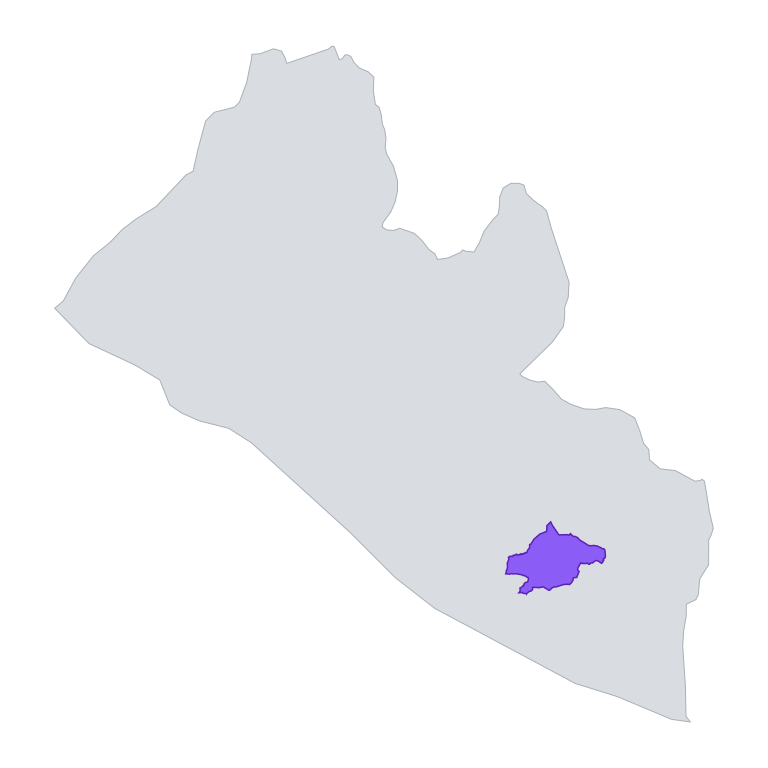 Jeadepo, River Gee, Liberia (highlighted)
{"feature_id": "62588387B74933582499482", "entity_name": "Jeadepo", "entity_type": "district", "adm_level": 2, "iso_a3": "LBR", "parent_name": "Liberia", "parent_adm1": "River Gee", "projection": "orthographic", "projection_center": [-8.425, 5.368], "detail": "fine", "context": "in_parent", "style": "filled", "palette": "violet", "viewbox_px": 768, "rotation_deg": 0, "n_neighbors": 0, "source": "geoboundaries", "source_scale": "gbopen_adm2", "svg_char_len": 6035}
<svg xmlns="http://www.w3.org/2000/svg" viewBox="0 0 768 768"><path d="M54.7,308.2L63.2,301.1L75.8,278.0L93.4,255.8L109.7,242.7L122.7,229.1L136.4,218.8L156.0,206.7L186.1,174.9L193.1,171.2L198.0,149.1L205.6,121.0L214.3,112.3L234.6,107.1L239.4,102.2L246.7,82.4L251.4,59.3L251.9,54.3L259.9,53.8L273.6,48.8L281.5,51.1L285.0,57.7L286.8,63.4L328.3,49.1L331.9,46.1L334.1,46.6L339.3,59.6L342.3,58.8L344.8,55.1L347.5,54.7L350.8,56.5L354.0,62.5L359.3,68.0L368.2,71.8L373.9,77.1L373.3,90.9L375.4,104.4L379.3,107.6L381.4,115.6L382.4,124.5L384.5,129.1L386.0,138.1L385.2,147.7L386.8,154.4L393.4,166.0L397.5,180.7L397.5,191.1L395.1,202.0L390.7,212.0L382.9,222.8L382.2,227.1L386.8,229.9L393.8,230.5L399.6,228.3L414.3,233.3L422.0,240.5L428.8,249.4L434.9,253.9L437.6,259.5L448.1,257.9L460.2,252.6L462.7,250.0L466.3,251.4L474.1,252.0L479.6,242.3L484.1,231.1L493.5,219.0L498.1,214.4L499.3,206.7L499.8,196.7L503.2,188.0L511.0,183.3L519.4,183.4L524.0,185.1L526.3,193.5L533.0,199.9L538.7,204.3L541.8,206.1L546.6,211.0L551.2,227.9L569.1,282.4L568.2,297.5L564.7,307.3L564.6,316.9L563.4,326.4L552.4,342.0L519.9,373.8L522.4,376.6L530.2,380.2L538.1,382.1L544.6,381.2L552.7,389.1L561.4,399.1L570.7,404.3L584.1,408.9L595.8,409.4L605.7,407.6L619.7,409.6L634.7,417.9L640.0,431.5L643.6,443.4L648.8,449.5L649.5,459.8L660.1,468.8L675.3,470.6L694.9,481.2L699.9,480.6L702.1,479.3L704.5,481.3L709.5,512.0L713.3,528.2L711.3,534.8L708.7,540.0L708.6,564.8L699.7,579.0L698.3,594.6L695.8,599.7L686.3,604.2L686.2,616.2L683.7,630.6L682.7,646.0L685.4,686.2L686.0,716.3L690.3,721.9L671.7,719.4L617.3,696.6L575.3,683.5L434.8,608.4L395.9,578.2L351.0,533.3L251.4,442.8L228.7,428.3L200.0,421.1L182.3,413.4L169.8,405.0L159.8,380.0L134.9,365.0L89.0,343.6L54.7,308.2Z" fill="#d9dde1" stroke="#a8b0b8" stroke-width="1"/><path d="M577.0,576.7L577.5,575.4L579.1,571.6L578.9,571.4L577.6,569.7L577.8,568.6L577.8,568.3L578.0,567.8L579.1,565.7L581.0,562.7L582.1,563.5L583.7,563.5L583.8,563.5L584.3,563.4L585.2,563.7L585.4,563.6L585.9,563.5L586.6,563.2L587.6,563.1L587.9,563.2L588.0,563.3L588.2,563.9L588.7,564.3L589.2,564.3L589.7,564.2L590.8,563.1L591.6,562.8L592.0,562.8L592.5,563.0L592.7,562.9L592.8,562.8L593.6,562.1L594.8,561.1L596.0,560.6L596.9,560.5L597.3,560.9L598.0,560.9L598.5,561.3L600.5,562.6L601.3,563.2L601.5,563.3L601.6,563.2L601.9,563.1L602.0,562.7L602.4,562.5L602.7,562.1L602.6,561.3L602.8,561.2L603.2,561.2L603.4,560.8L603.5,560.6L603.8,560.1L603.6,559.1L603.3,558.7L603.5,558.5L604.0,558.5L605.0,557.9L605.3,557.4L605.4,555.5L605.2,553.1L604.9,550.5L604.6,549.5L604.4,549.3L604.4,549.2L604.2,549.0L603.7,548.8L602.5,548.7L600.8,547.7L599.9,547.2L598.9,546.9L598.6,546.7L598.2,546.5L597.5,546.0L595.8,545.8L595.3,545.8L594.5,545.6L593.7,545.4L591.6,545.8L591.3,545.8L590.9,545.9L590.5,545.7L589.5,545.5L589.2,545.5L588.6,545.6L585.5,543.5L582.5,541.7L580.2,540.3L579.0,539.3L577.9,537.9L577.5,537.5L576.7,537.3L575.2,536.4L573.2,536.4L572.2,535.5L571.5,534.7L570.7,533.8L570.5,533.6L570.3,533.8L570.1,534.0L569.7,534.4L569.6,534.8L569.6,535.1L567.4,534.7L566.8,534.7L564.6,534.7L563.5,534.8L561.5,534.8L558.9,534.9L558.1,533.8L553.7,527.3L552.5,525.6L550.7,521.9L548.9,523.6L547.3,525.3L546.8,525.9L546.9,527.6L546.7,528.7L546.8,529.9L546.7,531.0L546.2,531.5L544.8,532.1L543.4,532.7L541.7,533.4L539.9,534.0L538.4,535.4L536.7,536.7L535.7,537.8L533.8,539.3L533.7,539.4L533.3,540.3L532.7,541.3L531.8,542.6L530.8,544.3L529.9,544.3L529.6,544.7L529.7,545.8L529.5,546.8L529.5,548.1L528.7,548.8L528.0,549.8L527.5,550.4L527.0,551.9L526.9,552.1L526.6,552.8L526.0,552.8L525.2,552.6L524.9,553.2L524.0,553.3L523.6,554.0L522.9,553.7L522.4,553.9L522.4,554.1L522.2,554.2L521.9,554.0L521.8,554.4L521.3,554.8L521.1,554.7L520.7,554.1L520.5,553.9L520.0,554.2L519.8,554.4L519.7,554.6L519.3,554.7L519.0,554.7L518.7,554.9L518.4,555.0L518.0,554.8L517.8,554.9L517.6,555.0L517.0,554.7L516.5,554.2L516.4,554.1L516.1,554.4L515.9,554.7L515.8,554.9L515.5,554.9L515.2,554.9L514.8,555.0L514.4,555.2L514.1,555.6L513.8,555.6L513.8,555.4L513.6,555.2L513.4,555.2L513.3,555.4L513.2,555.8L512.9,555.9L512.6,556.0L512.2,556.5L511.3,556.2L510.8,556.3L510.2,556.3L509.7,556.3L509.1,556.7L508.8,557.1L508.6,557.6L508.4,557.8L508.8,558.2L508.9,558.7L508.7,559.5L508.5,560.1L508.1,561.1L507.6,562.4L507.3,562.9L507.4,565.5L507.5,566.6L507.5,567.4L507.3,568.0L507.1,569.0L507.0,569.5L506.4,570.5L506.3,571.2L506.2,572.3L505.8,573.5L505.7,573.9L506.0,573.9L506.6,573.8L507.3,573.8L507.6,574.0L508.1,574.0L508.6,574.1L509.3,574.2L509.9,574.0L510.3,573.8L510.7,573.8L511.1,573.8L512.0,573.7L512.7,573.8L513.1,574.0L513.5,574.0L514.4,573.8L516.2,573.8L518.1,574.1L519.7,574.4L520.6,574.5L521.4,574.8L522.2,574.9L523.0,575.5L523.7,575.5L524.6,575.8L525.5,576.0L526.3,576.8L526.8,577.2L527.5,577.2L527.9,577.3L528.2,577.8L528.4,578.5L528.2,580.2L527.8,581.6L527.0,582.2L525.7,582.4L525.1,582.8L524.9,582.9L524.3,583.6L523.8,584.3L523.9,585.2L523.6,585.7L522.8,585.8L522.7,586.2L522.3,586.6L521.6,587.2L520.8,587.6L520.0,587.9L520.0,588.6L520.1,589.9L520.1,591.1L519.3,592.2L518.8,592.8L519.1,592.8L520.8,592.6L522.1,592.5L523.1,593.3L524.5,593.4L525.0,593.5L525.5,593.7L526.1,593.6L526.9,593.4L526.9,593.5L527.1,593.2L527.5,592.9L527.9,592.6L528.8,591.8L529.6,591.4L530.8,591.2L531.5,590.7L532.4,589.9L532.8,588.3L532.5,587.4L533.0,587.2L534.2,587.2L535.2,587.5L535.9,587.5L536.4,587.3L537.3,587.6L537.8,587.6L538.6,587.8L539.1,587.8L539.9,587.3L541.2,587.4L541.7,587.3L541.9,587.3L542.4,586.9L543.3,586.7L544.0,587.3L545.0,588.0L546.8,588.9L548.2,590.0L549.3,590.3L550.0,589.9L550.8,589.3L551.3,588.5L552.0,587.9L552.8,587.6L553.3,587.5L553.7,587.0L553.9,586.8L555.2,587.0L556.4,586.9L556.9,586.8L557.4,586.5L558.5,586.1L559.3,586.0L560.1,585.6L561.3,585.2L561.7,585.1L562.2,585.1L562.7,584.8L563.4,584.5L565.0,584.4L566.0,584.3L567.8,584.3L568.6,584.3L568.9,584.4L569.4,584.6L569.8,584.4L570.2,583.8L571.0,583.3L571.6,582.4L572.3,581.5L573.1,580.2L573.1,579.5L572.9,578.9L573.0,578.7L573.3,578.2L573.5,577.8L574.7,577.7L575.4,577.6L576.7,577.5L576.7,577.3L577.0,576.7Z" fill="#8b5cf6" stroke="#5b21b6" stroke-width="1.5"/></svg>